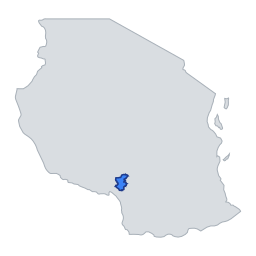 location of Wanging'ombe, Njombe, United Republic of Tanzania
{"feature_id": "72390352B33528420406675", "entity_name": "Wanging'ombe", "entity_type": "district", "adm_level": 2, "iso_a3": "TZA", "parent_name": "United Republic of Tanzania", "parent_adm1": "Njombe", "projection": "mercator", "projection_center": [34.635, -9.053], "detail": "fine", "context": "in_parent", "style": "filled", "palette": "blue", "viewbox_px": 256, "rotation_deg": 0, "n_neighbors": 0, "source": "geoboundaries", "source_scale": "gbopen_adm2", "svg_char_len": 6472}
<svg xmlns="http://www.w3.org/2000/svg" viewBox="0 0 256 256"><path d="M88.1,189.7L84.8,188.0L81.8,186.9L79.3,185.8L78.2,184.6L75.9,184.2L74.0,184.0L72.1,182.9L68.3,182.5L67.9,181.8L67.8,180.2L67.2,179.8L65.8,179.4L64.3,179.4L63.4,179.6L62.9,179.5L61.7,178.6L60.5,177.4L60.1,175.5L58.3,174.3L56.4,173.4L50.8,173.5L49.9,173.2L48.6,172.2L47.1,170.6L45.8,168.8L44.7,166.4L43.6,163.1L37.3,149.9L36.6,147.5L35.4,144.7L33.3,141.3L31.2,138.8L28.3,136.5L25.0,134.3L23.2,132.7L19.8,126.6L19.1,123.7L18.5,120.7L18.7,119.5L20.9,115.6L21.1,114.6L20.8,113.1L19.8,110.0L18.5,106.3L15.8,99.5L15.4,97.8L15.4,96.5L17.0,89.7L17.0,88.7L23.3,88.8L28.0,85.8L32.0,81.3L32.8,79.5L34.5,76.6L36.1,75.1L36.7,74.1L37.6,71.3L39.8,69.3L41.8,67.8L41.4,66.8L41.7,66.4L42.8,65.6L45.0,64.9L45.5,63.4L45.4,61.7L45.1,60.7L45.2,59.6L44.8,59.0L43.4,58.9L41.3,58.0L39.5,57.7L38.3,57.2L37.8,56.8L37.6,55.8L38.6,53.1L37.6,52.1L39.8,47.7L40.2,47.2L41.0,47.1L42.3,46.7L43.5,46.4L44.5,46.6L45.2,46.4L45.8,45.9L46.3,44.5L46.8,42.0L46.5,40.0L45.6,38.4L45.4,36.1L45.8,32.9L45.5,30.3L44.5,28.1L43.4,26.9L41.8,26.3L39.3,23.1L38.6,21.5L38.7,20.5L39.6,20.1L41.1,20.3L42.6,19.9L44.0,19.0L45.4,18.8L46.1,18.9L109.5,18.9L183.6,60.3L183.9,60.8L184.5,64.3L184.4,65.5L183.2,67.6L182.9,68.7L182.9,69.4L183.2,69.7L184.1,69.8L185.0,70.3L185.3,70.7L185.9,72.2L186.7,73.0L214.9,93.3L215.5,93.6L215.1,95.3L213.5,99.5L213.4,101.2L212.8,103.2L212.2,104.6L210.6,110.4L209.2,112.6L207.4,117.7L207.1,121.6L208.1,124.4L208.5,126.9L210.7,129.5L212.4,130.4L213.6,131.5L215.7,134.1L216.9,136.8L220.6,138.1L222.1,141.0L221.5,143.1L219.8,144.8L218.2,147.5L216.9,151.1L216.8,156.6L217.7,155.8L219.7,157.1L220.0,161.2L217.9,165.9L217.3,168.1L217.2,170.0L218.7,175.7L220.9,178.6L220.8,179.5L220.2,180.2L224.0,185.3L223.7,189.8L225.1,193.2L225.8,196.3L226.7,198.6L226.9,200.1L225.7,201.9L228.5,202.4L230.2,203.8L230.9,205.2L233.0,205.1L234.1,206.1L235.6,206.8L239.1,209.2L240.1,210.3L240.6,211.4L231.0,218.8L227.6,220.7L225.1,221.5L222.4,222.0L219.9,223.2L217.5,225.0L214.5,225.9L210.8,225.9L206.9,227.2L200.8,231.0L197.2,228.9L194.4,228.2L191.2,228.3L189.2,228.5L188.5,229.0L187.9,230.3L187.4,232.4L185.3,234.4L181.6,236.4L178.1,237.1L175.0,236.6L172.9,235.8L171.8,234.7L170.2,234.2L168.0,234.2L166.0,235.1L164.0,236.6L160.9,237.2L156.6,237.0L154.2,236.3L153.9,235.0L152.0,233.5L148.6,231.8L146.0,231.8L144.4,233.4L142.9,234.5L141.6,234.9L140.4,234.9L138.6,234.5L133.8,234.3L129.3,234.4L128.9,232.0L127.9,230.6L127.1,229.7L125.6,229.5L125.1,228.8L124.6,227.4L123.9,226.1L122.8,225.1L122.2,224.1L122.0,223.2L122.2,222.3L123.1,219.8L123.4,218.2L123.3,216.5L122.8,214.8L121.7,212.7L121.9,212.1L121.5,210.7L121.5,209.7L121.7,208.5L121.5,206.9L120.5,203.4L120.5,202.5L119.6,200.8L116.6,196.9L116.4,196.4L111.7,192.4L109.8,191.5L109.2,192.3L108.9,193.0L109.1,194.3L109.0,194.9L108.8,195.2L107.7,195.1L107.0,195.0L105.2,193.9L103.8,193.7L100.4,193.8L99.2,194.1L98.2,193.9L96.4,192.0L94.3,191.6L92.3,191.6L89.2,189.5L88.1,189.7ZM221.1,123.7L222.6,128.1L222.4,128.9L221.3,129.4L220.8,129.4L220.1,128.7L219.6,127.3L218.8,127.6L217.4,125.9L216.0,125.8L214.7,123.7L215.2,121.9L214.9,118.8L216.4,117.2L217.3,114.5L218.3,116.4L218.5,119.2L219.8,122.5L221.1,123.7ZM228.5,98.0L228.7,99.0L228.3,100.0L228.4,103.0L228.3,105.1L227.1,107.9L226.2,108.9L225.4,108.6L224.7,108.1L224.1,107.4L225.2,102.2L224.7,98.4L226.8,98.8L228.5,98.0ZM225.4,160.5L224.3,160.8L223.9,160.5L223.2,159.6L224.4,158.9L225.5,157.5L228.2,155.4L229.4,153.8L229.2,155.4L227.7,158.9L226.4,159.1L225.4,160.5Z" fill="#d9dde1" stroke="#a8b0b8" stroke-width="1"/><path d="M124.1,174.5L123.6,174.5L123.4,174.6L123.1,174.7L122.6,174.8L122.4,174.9L122.2,174.9L122.0,175.0L121.9,175.0L121.7,175.2L121.7,175.3L121.5,175.7L121.4,176.0L121.2,176.1L121.0,177.0L120.3,177.5L120.1,177.4L119.9,177.4L119.7,177.5L119.2,177.5L118.7,177.7L118.4,177.8L118.2,177.8L117.9,177.8L117.3,177.8L115.9,177.8L115.8,178.0L115.8,178.3L115.8,178.6L115.8,179.0L115.8,179.3L115.7,179.6L115.6,179.8L115.7,180.0L115.8,180.3L115.9,180.7L116.0,180.7L116.2,180.8L116.4,180.9L116.6,181.0L116.8,181.2L116.7,181.3L116.8,181.5L116.9,181.8L117.0,182.0L117.0,182.3L117.0,182.5L117.3,182.6L117.5,182.8L117.8,182.9L117.8,183.1L118.0,183.2L118.0,183.4L118.0,183.5L118.1,183.9L118.1,184.1L118.0,184.3L117.9,184.4L117.6,184.4L117.6,184.7L117.4,184.9L117.4,185.0L117.2,185.2L117.0,185.3L116.1,185.3L116.1,185.5L115.9,185.6L115.7,185.7L115.7,185.9L115.6,186.0L115.4,186.3L115.5,186.3L115.7,186.5L115.8,186.5L116.0,186.6L116.1,186.8L116.4,186.9L116.4,187.1L116.5,187.4L116.6,187.5L116.8,187.5L117.1,187.7L117.6,188.1L117.9,188.3L118.0,188.4L118.1,188.5L118.3,188.6L118.6,188.7L118.6,188.8L118.7,189.1L118.8,189.2L119.0,189.5L119.2,189.9L119.3,190.2L119.5,190.3L120.0,190.4L120.3,190.4L120.6,190.4L121.1,190.4L121.4,190.5L121.4,190.4L121.5,190.4L121.4,190.3L121.4,190.2L121.5,189.9L121.8,189.8L122.1,189.8L122.3,189.8L122.5,189.8L122.7,189.7L122.8,189.7L123.1,189.7L123.3,189.6L123.5,189.7L123.8,189.5L123.9,189.4L123.9,188.9L123.9,188.7L123.8,188.3L123.8,188.2L123.7,188.0L123.8,187.9L123.7,187.8L123.7,187.6L123.8,187.3L123.7,187.3L123.8,187.3L123.8,186.9L123.9,186.7L124.0,186.6L124.3,186.5L124.4,186.4L124.5,186.4L124.6,186.2L124.9,186.1L125.1,186.1L125.4,186.2L125.3,185.9L125.3,185.7L125.5,185.5L125.9,185.4L126.0,185.4L126.2,185.2L126.3,185.2L126.3,184.9L126.4,184.7L126.4,184.4L126.5,184.3L126.5,184.2L126.7,183.9L126.8,183.8L126.6,183.8L126.5,183.7L126.4,183.6L126.2,183.6L126.0,183.4L126.0,183.2L126.1,182.7L125.8,182.5L125.5,182.3L125.4,182.3L125.4,182.2L125.2,182.1L124.9,182.0L124.7,181.9L124.5,181.7L124.4,181.7L124.2,181.8L123.9,181.9L123.9,181.7L124.0,181.4L124.2,181.2L124.4,181.1L124.5,181.0L124.5,180.9L124.7,181.0L124.8,180.9L124.9,180.6L125.1,180.6L125.4,180.6L125.3,180.4L125.2,180.3L125.1,180.2L124.9,179.9L124.7,179.9L124.4,179.8L124.3,179.7L124.2,179.7L124.1,179.4L124.3,179.4L124.4,179.2L124.5,179.2L124.8,178.9L125.0,178.8L125.0,178.7L125.3,178.6L125.6,178.5L125.7,178.4L125.9,178.4L126.0,178.4L126.0,178.2L125.9,178.1L126.1,177.9L126.3,177.7L126.5,177.7L126.8,177.4L126.9,177.1L127.0,177.0L127.0,176.9L127.1,176.7L127.3,176.5L127.5,176.3L127.5,176.2L127.6,175.9L127.8,175.8L128.0,175.8L127.7,175.4L127.6,175.2L127.4,175.1L127.1,175.0L127.0,174.9L126.9,174.9L126.7,174.9L126.4,174.8L126.3,174.7L126.2,174.7L126.1,174.8L126.0,174.7L125.9,174.8L125.8,174.7L125.8,174.8L125.7,174.8L125.5,174.7L125.2,174.7L124.9,174.6L124.7,174.7L124.4,174.6L124.2,174.5L124.1,174.5Z" fill="#3b82f6" stroke="#1e3a8a" stroke-width="1.5"/></svg>